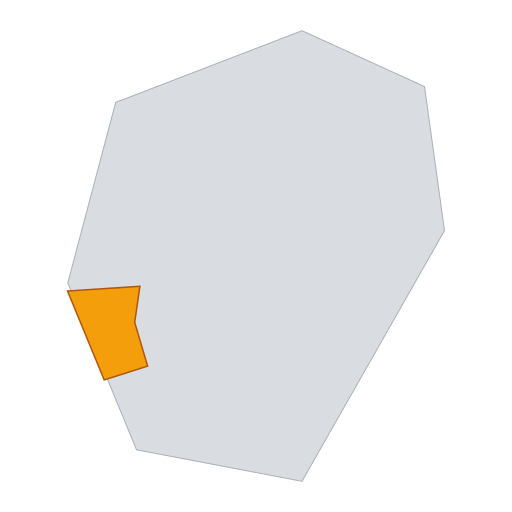 Aiwo highlighted on a map of Nauru
{"feature_id": "NRU-4972", "entity_name": "Aiwo", "entity_type": "state/province", "adm_level": 1, "iso_a3": "NRU", "parent_name": "Nauru", "parent_adm1": "", "projection": "orthographic", "projection_center": [166.914, -0.531], "detail": "fine", "context": "in_parent", "style": "filled", "palette": "amber", "viewbox_px": 512, "rotation_deg": 0, "n_neighbors": 0, "source": "natural_earth", "source_scale": "10m", "svg_char_len": 358}
<svg xmlns="http://www.w3.org/2000/svg" viewBox="0 0 512 512"><path d="M444.5,230.6L302.0,481.3L136.5,449.8L67.8,282.9L115.7,102.4L302.0,30.7L424.5,86.6L444.5,230.6Z" fill="#d9dde1" stroke="#a8b0b8" stroke-width="1"/><path d="M104.2,379.9L67.5,291.0L139.9,286.3L134.7,322.4L147.6,366.1L104.2,379.9Z" fill="#f59e0b" stroke="#b45309" stroke-width="1.5"/></svg>